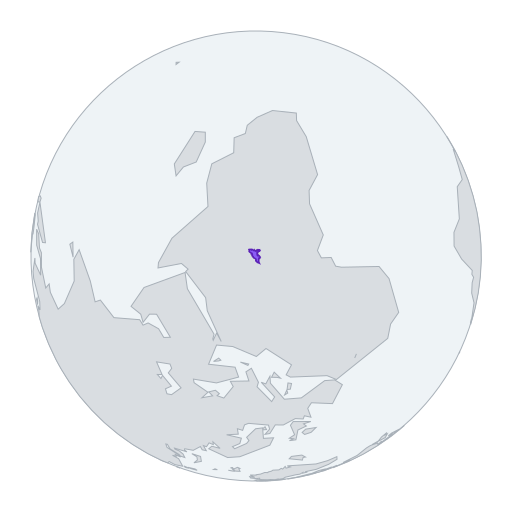 the Earth from above Haut-Mbomou, rotated 187°
{"feature_id": "CAF-867", "entity_name": "Haut-Mbomou", "entity_type": "Prefecture", "adm_level": 1, "iso_a3": "CAF", "parent_name": "Central African Republic", "parent_adm1": "", "projection": "orthographic", "projection_center": [25.352, 6.594], "detail": "fine", "context": "on_globe", "style": "filled", "palette": "violet", "viewbox_px": 512, "rotation_deg": 187, "n_neighbors": 0, "source": "natural_earth", "source_scale": "10m", "svg_char_len": 9820}
<svg xmlns="http://www.w3.org/2000/svg" viewBox="0 0 512 512"><g transform="rotate(187 256 256)"><circle cx="256" cy="256" r="225" fill="#eef3f6" stroke="#a8b0b8"/><path d="M178.8,44.4L177.4,44.9L175.2,45.7L178.8,44.4ZM154.0,55.1L153.1,55.7L147.4,59.1L140.2,63.2L137.5,65.1L144.5,61.6L131.3,70.4L122.9,79.0L119.4,81.8L112.4,85.3L112.0,83.5L102.8,90.8L108.9,86.4L100.2,94.4L98.8,96.2L99.4,96.3L102.8,93.6L99.8,96.8L92.7,101.6L95.3,98.8L97.5,97.0L97.2,96.6L92.4,101.1L88.4,105.5L88.0,105.9L99.6,93.8L112.1,82.7L125.4,72.4L139.4,63.2L154.0,55.1ZM34.6,214.2L34.9,215.6L34.3,218.3L33.9,236.1L37.4,245.5L38.2,255.8L37.4,261.4L39.5,264.1L39.6,268.0L51.5,278.0L60.6,290.0L62.4,303.6L58.7,317.6L64.7,349.3L60.6,357.0L65.8,369.5L73.4,386.4L70.1,383.2L77.5,393.2L81.0,397.9L71.2,384.9L62.4,371.2L54.6,356.9L47.8,342.0L42.1,326.8L37.6,311.1L34.2,295.2L31.9,279.1L30.8,262.8L30.9,246.5L32.2,230.3L34.6,214.2ZM190.8,40.7L191.7,40.2L195.3,39.2L190.8,40.7ZM210.4,35.4L205.1,36.6L202.7,37.3L199.4,38.2L203.0,37.0L210.4,35.4ZM213.6,34.8L215.6,34.4L213.8,34.7L213.6,34.8ZM216.4,34.2L219.9,33.6L217.2,34.1L216.1,34.3L216.4,34.2ZM225.7,33.0L217.1,34.3L214.7,34.6L223.4,33.2L225.7,33.0ZM426.0,108.2L430.4,113.6L434.5,118.7L434.1,118.1L438.3,123.7L440.3,126.5L441.9,128.8L451.2,143.6L459.3,159.0L463.7,169.1L465.1,176.3L466.5,180.3L463.8,176.1L465.1,184.4L473.9,206.7L475.4,213.5L475.2,227.1L474.4,222.0L467.4,210.7L469.6,227.2L475.0,240.0L477.0,255.9L474.4,251.5L471.9,237.6L469.4,233.1L467.6,218.8L460.8,198.6L457.9,203.1L455.7,194.9L445.9,179.1L440.4,185.4L433.4,209.0L436.4,230.5L432.3,240.7L417.4,210.9L410.1,190.9L405.1,193.3L389.5,177.5L363.7,178.6L359.7,173.6L354.9,176.4L343.8,171.9L337.6,163.9L331.1,164.9L347.6,186.1L354.6,185.3L360.0,176.4L363.3,184.2L373.9,190.8L363.3,211.1L324.4,231.0L320.1,215.1L288.1,173.3L288.8,168.5L288.6,168.0L288.2,167.1L285.7,174.8L280.1,166.9L297.7,195.7L300.9,208.5L323.9,232.0L321.8,234.7L329.1,239.5L351.8,232.2L352.0,237.6L341.6,263.4L309.7,299.3L313.8,322.3L311.1,342.1L290.7,355.8L292.1,370.7L281.5,376.3L280.6,384.7L271.8,393.8L257.4,402.4L233.4,402.8L232.2,395.3L220.7,380.6L204.8,344.3L211.3,327.5L209.2,314.3L191.8,285.1L195.7,268.9L190.9,262.1L181.2,263.7L175.7,255.6L169.7,255.3L132.6,260.6L121.2,249.8L107.5,217.4L114.1,204.9L115.2,190.3L161.1,143.2L170.9,145.9L207.1,140.0L211.6,141.7L207.5,152.3L234.8,165.4L243.4,156.3L268.0,163.3L284.3,162.8L289.9,142.8L263.2,143.1L258.5,133.7L279.8,125.2L303.1,126.2L302.0,122.7L287.1,114.9L292.4,108.7L282.0,111.9L286.3,115.4L279.9,117.8L275.6,114.9L277.6,112.6L270.6,111.1L262.7,123.6L266.2,128.5L247.8,131.1L251.9,139.8L246.9,144.0L238.2,131.0L239.0,126.3L222.7,113.4L220.3,118.4L235.4,131.3L230.7,130.3L227.5,138.4L226.2,131.5L210.4,117.3L193.7,120.7L172.6,140.7L162.8,142.6L154.6,138.8L162.1,118.8L183.1,117.1L186.1,111.1L181.8,102.7L188.5,103.3L189.3,100.0L197.2,99.4L208.3,91.6L216.3,90.7L220.6,81.5L225.3,80.1L221.4,85.8L223.0,89.7L243.0,89.0L246.8,87.0L248.0,81.3L253.4,82.3L251.9,77.0L263.4,75.0L248.3,73.4L249.2,67.9L256.1,63.9L253.7,62.1L242.5,68.8L240.5,71.9L243.2,74.9L235.3,84.5L228.5,86.2L226.4,75.9L216.4,77.7L219.2,69.9L247.6,54.8L259.6,52.5L279.4,58.9L276.7,61.8L268.2,60.7L276.1,66.3L275.4,63.6L279.8,64.8L281.9,60.7L285.1,61.4L281.6,56.7L285.8,57.1L288.0,60.1L294.6,55.5L303.3,56.0L303.3,54.7L300.7,53.2L313.5,55.4L312.9,54.4L308.5,53.2L304.4,50.7L302.1,47.3L306.7,48.2L308.1,49.6L317.9,54.2L321.0,58.3L322.6,58.4L321.0,55.2L309.1,49.4L306.4,47.2L312.6,49.5L310.1,48.4L310.2,47.7L314.6,48.0L308.1,45.4L303.1,38.4L311.1,39.1L317.1,41.4L318.4,39.9L327.3,42.3L323.2,41.0L322.2,40.7L339.1,46.6L355.5,53.9L371.2,62.4L386.3,72.2L400.4,83.1L413.7,95.1L426.0,108.2ZM145.6,166.8L144.4,171.1L145.6,166.8ZM328.2,138.3L341.8,138.8L334.8,126.9L339.5,126.4L335.4,122.8L334.2,126.1L324.1,116.5L329.7,113.2L327.6,108.4L322.9,108.1L314.3,116.0L328.8,129.3L326.0,134.2L328.2,138.3ZM35.0,215.5L34.7,218.4L34.5,218.0L35.0,215.5ZM42.5,184.1L42.1,185.6L41.9,185.9L42.5,184.1ZM100.6,94.1L101.1,93.8L100.9,94.6L99.5,95.7L100.6,94.1ZM109.4,91.6L104.5,96.8L107.0,93.5L104.0,95.5L105.6,91.5L117.8,83.0L112.0,87.3L109.4,91.6ZM111.1,84.8L108.7,87.7L110.8,84.9L111.1,84.8ZM186.0,84.8L188.7,86.5L185.6,90.2L175.5,93.1L179.8,87.7L186.0,84.8ZM193.2,88.4L194.0,78.4L200.3,76.8L196.6,79.2L200.7,79.2L195.9,83.3L201.2,92.2L198.9,96.2L181.4,98.4L188.4,95.2L185.3,93.4L193.2,88.4ZM184.7,61.8L185.1,59.1L198.3,58.8L196.4,61.4L186.2,64.0L182.4,62.5L184.7,61.8ZM171.1,47.5L170.4,47.7L172.2,47.0L174.3,46.2L171.1,47.5ZM197.5,38.4L197.4,38.5L192.9,39.7L195.9,39.0L189.3,40.9L191.0,40.5L176.0,46.4L174.5,46.8L167.6,50.7L160.8,53.3L165.5,50.5L155.1,55.9L156.6,54.5L150.0,58.2L161.2,51.8L162.1,51.2L163.6,50.7L169.9,48.2L172.8,46.9L181.9,43.3L184.3,42.4L197.5,38.4ZM235.4,36.3L230.3,36.2L235.2,37.9L228.6,38.6L229.6,38.8L224.9,40.1L220.9,42.2L217.9,42.4L217.6,43.1L214.5,44.3L213.1,45.5L207.2,46.5L205.1,48.3L203.5,47.8L201.4,50.7L200.3,49.1L196.2,50.8L199.4,51.5L171.1,56.9L160.0,61.6L151.3,66.7L150.8,64.1L158.5,58.1L170.2,51.6L180.9,47.9L178.7,47.8L183.2,46.1L183.1,46.9L185.9,44.8L189.6,43.8L200.0,40.0L201.9,38.4L205.7,37.3L206.8,37.4L209.9,36.3L214.5,35.9L217.4,35.3L224.9,34.6L225.3,35.9L228.5,35.1L234.3,35.0L235.4,36.3ZM227.7,32.8L229.7,33.3L227.1,34.2L215.2,35.1L212.0,35.7L204.2,37.0L208.2,35.9L210.0,35.5L212.7,35.0L210.4,35.5L214.3,34.7L217.0,34.4L220.7,33.8L220.3,34.0L227.7,32.8ZM216.8,137.7L220.3,138.1L225.8,137.5L223.8,142.9L216.8,137.7ZM205.7,128.0L208.9,127.3L208.8,133.9L205.2,133.8L205.7,128.0ZM210.7,121.5L209.1,126.7L207.8,123.8L210.7,121.5ZM224.4,85.0L227.8,84.3L228.1,85.6L226.2,87.6L224.4,85.0ZM248.6,44.0L246.1,43.2L247.1,42.7L245.6,40.3L250.3,40.0L253.1,41.3L248.6,44.0ZM285.3,146.2L280.6,150.1L278.2,148.3L280.3,147.3L285.3,146.2ZM250.7,146.4L258.6,148.8L250.1,147.9L250.7,146.4ZM253.6,43.2L252.4,42.1L255.5,42.7L253.6,43.2ZM253.7,39.7L257.4,40.0L250.7,39.7L253.7,39.7ZM358.7,436.3L358.9,438.5L355.9,439.0L358.7,436.3ZM348.3,337.4L331.7,372.2L321.4,372.7L320.2,362.9L326.8,342.0L338.9,335.5L345.1,325.8L348.3,337.4ZM478.9,288.6L477.5,289.4L476.3,287.2L477.1,283.1L479.1,283.3L479.1,287.1L478.9,288.6ZM477.0,283.1L474.4,273.2L466.6,243.5L469.5,243.4L476.7,260.8L476.4,264.1L478.0,272.1L477.0,283.1ZM480.8,271.2L480.5,271.1L480.1,269.8L479.9,257.3L480.0,250.7L480.6,250.7L480.0,232.2L481.2,251.7L480.8,271.2ZM437.4,232.5L442.2,245.0L439.5,247.5L437.4,232.5ZM468.6,186.5L468.2,187.8L467.1,184.6L466.9,181.1L468.6,186.5ZM292.4,43.2L289.3,46.4L290.2,49.5L295.6,52.0L286.6,50.3L285.2,45.5L292.4,43.2ZM301.3,38.6L296.5,37.2L299.4,37.4L300.9,37.8L301.3,38.6ZM297.9,38.0L290.5,37.2L288.3,36.1L294.6,37.0L297.9,38.0ZM272.1,38.9L270.8,39.8L268.3,39.2L272.1,38.9ZM306.6,36.5L309.3,37.1L306.7,36.5L305.5,36.2L306.6,36.5Z" fill="#d9dde1" stroke="#a8b0b8" stroke-width="1"/><path d="M251.8,249.4L252.0,249.5L252.3,249.4L252.5,249.5L252.9,249.7L253.1,249.6L253.3,249.7L253.5,249.7L253.9,249.8L254.0,249.8L254.3,250.1L254.4,250.3L254.4,250.5L254.5,250.5L254.7,250.8L254.9,250.9L255.0,250.9L255.3,250.9L255.4,251.0L255.5,251.0L255.7,251.4L255.7,251.6L255.7,251.8L255.6,252.0L255.4,252.0L255.4,252.4L255.6,252.6L255.9,252.8L255.9,253.0L256.0,253.0L256.4,253.3L256.5,253.4L256.9,253.5L257.3,253.7L257.5,253.7L257.5,253.8L257.8,254.0L258.0,254.0L258.2,254.3L258.4,254.3L258.6,254.4L258.7,254.5L258.7,254.8L258.8,254.8L258.8,255.0L259.0,255.1L259.2,255.3L259.4,255.4L259.5,255.5L259.8,255.7L260.0,255.8L259.9,256.1L259.7,256.4L259.6,256.5L259.7,256.8L259.8,256.9L260.0,257.1L260.3,257.2L260.3,257.4L260.3,257.5L260.5,257.5L260.3,257.8L260.2,257.9L260.2,258.0L260.3,258.0L260.4,257.9L260.5,257.9L260.6,258.2L260.9,258.3L261.0,258.3L261.3,258.3L261.6,258.4L261.7,258.5L261.8,258.8L262.0,258.8L262.4,258.9L262.5,259.0L262.9,259.2L263.0,259.4L263.2,259.5L263.3,259.7L263.3,259.9L263.3,260.0L263.4,259.9L263.5,260.0L263.3,260.5L263.4,261.0L263.5,261.2L263.6,261.3L264.0,261.7L264.0,261.8L264.2,262.0L264.0,261.9L263.8,261.9L263.6,261.7L263.4,261.7L263.1,261.5L262.9,261.5L262.7,261.5L262.3,261.7L262.1,261.9L262.0,262.0L261.9,262.1L261.7,262.1L261.5,261.9L261.4,261.9L261.2,261.9L261.1,262.0L260.9,262.0L260.9,261.9L260.8,262.0L260.7,262.0L260.3,262.0L260.3,261.9L260.1,261.7L259.9,261.7L259.7,261.7L259.4,261.5L259.3,261.4L259.2,261.3L259.0,261.2L259.0,261.3L258.9,261.3L258.8,261.5L258.7,261.5L258.5,261.4L258.4,261.4L258.4,261.5L258.2,261.5L258.0,261.4L257.9,261.4L257.9,261.5L257.8,261.4L257.7,261.3L257.7,261.2L257.7,261.3L257.3,261.1L257.2,261.1L257.1,260.9L256.9,260.9L256.7,260.8L256.3,261.0L256.2,261.0L255.9,261.4L255.8,261.5L256.0,261.7L256.0,261.8L255.9,261.9L255.9,262.1L255.6,262.2L255.3,262.2L255.2,262.2L255.1,262.3L254.9,262.5L254.8,262.4L254.6,262.3L254.3,262.4L254.2,262.4L254.1,262.5L253.9,262.5L253.7,262.5L253.3,262.6L253.3,262.4L253.2,262.4L253.1,262.2L252.9,262.1L252.7,261.9L252.8,261.8L252.8,261.7L253.0,261.4L253.1,261.2L253.3,261.2L253.5,261.2L253.8,261.1L254.0,260.9L254.1,261.0L254.1,260.8L254.1,260.7L254.3,260.6L254.5,260.5L254.5,260.4L254.7,260.2L254.8,260.1L254.7,260.0L254.8,259.9L254.7,259.9L254.8,259.8L254.8,259.6L254.8,259.4L254.9,259.2L255.0,259.2L255.3,258.9L255.3,258.7L255.2,258.5L254.9,258.3L254.9,258.2L254.7,258.1L254.1,257.5L254.1,257.4L254.2,257.5L254.3,257.5L254.5,257.5L254.6,257.4L254.7,257.2L254.9,257.2L254.8,256.9L254.6,256.7L254.4,256.6L254.2,256.4L253.8,256.4L253.7,256.5L253.4,256.8L253.2,256.8L252.8,256.6L251.7,255.4L251.8,255.3L251.8,255.1L252.0,255.0L252.0,254.9L252.0,254.7L252.3,254.5L252.5,254.5L252.7,254.4L252.8,254.4L252.9,254.2L252.9,253.9L252.9,253.6L252.8,253.4L252.7,253.4L252.8,253.3L252.7,253.2L252.8,252.9L252.9,252.7L253.0,252.5L252.9,252.4L252.8,252.1L252.7,252.0L252.7,251.9L252.7,251.6L252.6,251.3L252.6,251.1L252.5,250.9L252.5,250.7L252.6,250.3L252.6,250.2L252.4,250.0L252.4,249.9L252.2,249.8L252.1,249.7L251.9,249.6L251.8,249.4Z" fill="#8b5cf6" stroke="#5b21b6" stroke-width="1.5"/></g></svg>